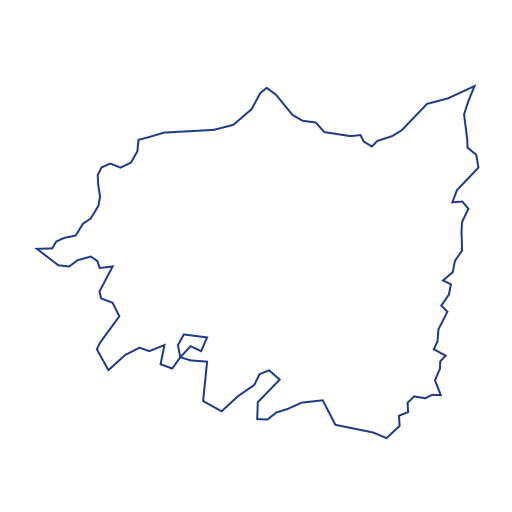 outline of Mormaço, Rio Grande do Sul, Brazil, rotated 272°
{"feature_id": "56859067B79985945955157", "entity_name": "Mormaço", "entity_type": "district", "adm_level": 2, "iso_a3": "BRA", "parent_name": "Brazil", "parent_adm1": "Rio Grande do Sul", "projection": "robinson", "projection_center": [-52.668, -28.683], "detail": "fine", "context": "isolated", "style": "outline", "palette": "blue", "viewbox_px": 512, "rotation_deg": 272, "n_neighbors": 0, "source": "geoboundaries", "source_scale": "gbopen_adm2", "svg_char_len": 1630}
<svg xmlns="http://www.w3.org/2000/svg" viewBox="0 0 512 512"><g transform="rotate(272 256 256)"><path d="M105.3,413.5L114.6,412.6L121.2,419.0L119.7,430.0L123.4,436.9L123.4,445.5L138.1,439.2L149.9,443.8L157.2,443.8L163.0,449.0L169.0,436.9L177.1,440.4L189.1,440.9L207.0,449.2L212.9,442.9L224.1,450.1L234.4,451.8L238.1,443.8L246.7,453.2L258.2,455.0L268.5,461.7L276.6,461.3L287.3,460.5L297.2,460.8L310.7,466.6L317.6,460.3L316.5,450.4L328.8,454.5L352.1,475.2L364.8,472.6L371.7,463.6L379.5,463.1L404.8,459.0L419.0,463.1L433.5,468.5L420.2,442.3L414.0,421.6L386.7,397.2L380.5,387.8L375.3,373.3L369.5,368.0L374.1,359.7L380.5,356.2L379.1,346.2L382.2,320.0L391.5,311.0L392.8,297.8L398.2,287.6L417.8,270.4L424.4,260.9L419.0,254.6L402.6,246.5L386.4,228.9L380.6,209.6L376.1,159.8L370.7,143.7L368.0,134.5L356.5,133.8L345.0,127.8L339.6,117.5L343.3,107.1L339.1,98.5L331.2,95.0L321.9,95.8L309.7,98.1L300.7,96.7L294.2,93.2L287.4,89.2L282.3,82.0L270.2,75.1L267.3,63.3L263.4,55.8L256.5,52.1L255.5,36.8L239.8,58.8L239.0,69.7L245.5,77.7L249.7,90.9L245.5,97.6L238.6,100.2L240.5,113.1L215.1,100.8L208.2,102.7L204.3,114.3L191.0,121.5L163.8,103.1L157.2,100.2L136.8,112.5L152.5,128.7L160.3,142.8L157.2,152.6L163.8,167.6L144.5,164.4L140.6,176.2L152.2,183.9L149.4,194.3L148.7,210.8L109.2,208.2L99.6,227.0L115.6,243.3L127.1,258.8L138.0,263.7L142.2,273.1L133.3,284.0L109.9,262.9L93.0,262.9L93.0,273.2L100.3,281.7L104.1,292.6L111.1,307.0L114.1,327.7L90.0,341.3L83.7,379.2L78.5,392.8L91.2,405.4L101.4,404.5L105.3,413.5ZM152.2,183.9L164.1,181.1L175.1,186.6L172.9,209.9L159.0,204.5L163.6,193.8L152.2,183.9Z" fill="none" stroke="#1e3a8a" stroke-width="2"/></g></svg>